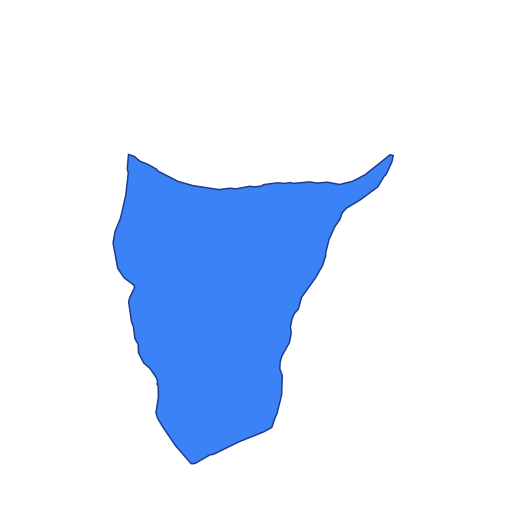 the district of Alotenango, Sacatepéquez, Guatemala, rotated 238°
{"feature_id": "79465075B60145282500225", "entity_name": "Alotenango", "entity_type": "district", "adm_level": 2, "iso_a3": "GTM", "parent_name": "Guatemala", "parent_adm1": "Sacatepéquez", "projection": "robinson", "projection_center": [-90.818, 14.441], "detail": "fine", "context": "isolated", "style": "filled", "palette": "blue", "viewbox_px": 512, "rotation_deg": 238, "n_neighbors": 0, "source": "geoboundaries", "source_scale": "gbopen_adm2", "svg_char_len": 1302}
<svg xmlns="http://www.w3.org/2000/svg" viewBox="0 0 512 512"><g transform="rotate(238 256 256)"><path d="M112.3,94.7L111.8,111.6L110.4,114.7L107.5,142.9L102.8,169.3L102.3,178.6L108.7,186.4L110.8,189.8L124.7,204.2L140.8,215.0L147.7,216.4L153.3,220.3L157.5,225.0L165.0,238.6L171.8,244.9L178.0,247.8L179.4,249.4L183.3,252.9L186.9,257.9L188.6,263.9L196.8,272.7L206.2,295.4L212.7,307.4L219.2,315.2L221.8,316.8L231.6,327.0L239.1,338.4L242.6,346.5L246.9,351.9L248.6,357.8L248.4,374.8L250.1,396.0L255.6,406.7L256.1,409.4L264.1,421.5L268.5,425.6L270.8,423.5L267.1,391.3L268.2,377.2L272.4,364.7L280.8,355.6L285.4,346.6L290.5,340.6L297.8,326.1L299.9,324.3L302.6,318.3L306.7,313.0L312.5,300.3L312.5,297.5L315.4,291.4L318.4,287.7L323.6,274.5L327.2,270.0L332.0,259.7L349.1,239.8L360.5,229.5L379.8,217.9L382.3,217.6L390.6,213.1L397.9,207.8L405.2,205.4L409.7,201.7L398.4,193.2L393.8,191.5L376.6,177.8L363.8,165.1L359.4,160.5L351.4,149.4L342.9,141.7L318.8,132.2L307.4,132.6L296.0,137.0L293.6,136.4L287.4,126.5L284.6,123.7L266.0,115.5L261.0,114.6L250.2,109.6L243.3,109.2L236.4,105.1L224.8,104.1L216.8,106.5L206.0,107.0L202.2,106.3L199.5,104.1L198.2,104.4L194.1,102.1L188.0,98.4L176.1,88.1L170.5,86.6L161.6,86.4L138.2,87.2L114.3,90.9L112.8,93.4L112.3,94.7Z" fill="#3b82f6" stroke="#1e3a8a" stroke-width="1.5"/></g></svg>